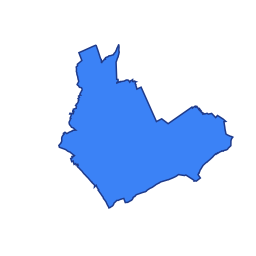 the district of Cañitas de Felipe Pescador, Zacatecas, Mexico, rotated 223°
{"feature_id": "50627088B55005263916135", "entity_name": "Cañitas de Felipe Pescador", "entity_type": "district", "adm_level": 2, "iso_a3": "MEX", "parent_name": "Mexico", "parent_adm1": "Zacatecas", "projection": "natural_earth1", "projection_center": [-102.728, 23.576], "detail": "fine", "context": "isolated", "style": "filled", "palette": "blue", "viewbox_px": 256, "rotation_deg": 223, "n_neighbors": 0, "source": "geoboundaries", "source_scale": "gbopen_adm2", "svg_char_len": 5620}
<svg xmlns="http://www.w3.org/2000/svg" viewBox="0 0 256 256"><g transform="rotate(223 128 128)"><path d="M136.1,65.3L134.6,65.1L132.5,65.1L129.6,64.6L128.6,64.5L127.1,64.5L125.2,64.3L123.5,64.3L117.5,63.6L117.5,63.8L116.7,63.6L115.9,63.5L115.2,63.6L113.3,63.4L112.3,62.0L112.2,64.4L109.9,63.4L107.3,62.8L107.4,62.2L105.9,61.9L104.2,61.5L103.0,61.3L101.9,61.0L100.6,60.7L98.9,60.4L98.3,59.9L97.1,59.6L96.0,59.5L94.3,59.1L93.4,58.9L92.8,58.6L90.6,57.7L89.8,57.5L89.3,57.3L88.2,57.0L87.6,56.5L87.0,57.2L86.7,58.6L86.6,59.1L86.4,59.5L86.2,60.6L86.2,61.1L86.3,61.4L86.4,62.2L86.9,63.3L87.0,64.1L86.9,64.4L86.8,66.7L86.9,67.2L86.6,67.6L85.8,68.4L85.1,70.2L83.9,72.3L83.0,73.6L81.3,72.7L80.9,72.6L79.8,71.9L79.1,71.6L78.9,71.8L78.5,72.4L78.1,72.8L78.0,73.0L77.5,73.4L77.3,74.1L77.2,74.4L76.5,76.6L76.5,76.8L76.2,77.3L76.2,78.1L76.1,78.3L76.2,79.0L76.5,80.2L76.9,80.7L76.9,80.9L76.8,81.2L76.7,81.5L76.6,81.9L76.3,82.4L76.3,82.6L76.5,82.6L76.4,83.2L76.3,83.5L76.4,83.9L76.4,84.2L76.4,84.7L76.4,84.9L73.4,90.7L72.5,92.2L72.2,92.7L72.0,92.9L71.9,93.1L71.5,94.4L71.6,94.9L71.5,96.0L71.1,97.5L70.8,98.8L70.0,100.7L69.7,101.7L69.4,103.2L69.1,104.5L69.0,105.4L68.8,106.2L68.4,107.2L68.2,108.0L67.8,108.7L67.8,109.3L67.6,109.5L67.4,110.7L64.0,116.5L63.8,117.0L63.6,117.2L63.4,117.3L63.2,117.7L61.2,122.1L60.2,124.6L59.7,126.1L59.6,127.2L59.1,128.7L58.5,128.9L54.2,131.8L54.1,132.0L53.8,132.8L53.5,133.1L45.7,134.5L45.4,134.6L43.6,134.7L43.4,134.3L42.7,135.2L41.8,135.8L41.0,140.8L44.4,141.5L44.5,141.5L45.0,141.7L45.2,142.6L45.5,143.1L45.2,143.3L45.6,144.2L45.7,144.5L46.6,146.6L46.7,147.4L46.7,147.6L46.8,148.0L46.9,148.4L46.9,148.7L47.2,149.5L47.2,150.0L47.4,151.1L47.6,151.4L47.6,151.8L47.4,154.8L47.2,156.4L46.9,157.0L47.0,157.2L46.6,160.6L46.3,164.8L46.3,165.2L46.4,165.3L46.4,166.7L46.3,168.0L46.2,168.1L46.2,168.9L45.7,168.9L45.7,169.0L45.6,170.7L45.1,170.6L44.9,171.6L44.4,173.3L43.7,174.8L43.8,175.1L42.6,176.0L42.8,176.4L42.0,177.7L41.8,178.3L41.5,178.4L41.2,178.9L41.0,179.5L40.7,180.2L40.7,180.5L40.9,181.3L40.9,182.5L40.8,183.0L40.8,183.8L40.7,185.2L43.3,188.1L44.1,189.0L44.2,189.3L44.9,190.8L45.1,192.8L46.4,192.4L47.5,191.8L48.1,191.6L48.4,191.4L48.7,191.4L50.7,190.7L52.4,190.5L54.8,192.3L55.5,192.7L56.4,193.5L57.1,193.9L57.4,194.3L62.1,198.0L61.0,199.5L64.6,199.4L71.1,198.2L71.0,195.4L76.8,195.7L78.7,192.9L80.2,192.7L81.4,190.6L82.6,190.3L82.1,190.1L82.6,189.2L83.1,189.6L83.3,189.9L84.7,189.5L84.8,189.9L86.1,189.8L86.2,190.4L86.9,190.3L86.9,190.2L87.5,190.1L87.4,189.8L88.1,189.8L88.3,190.6L88.2,190.7L89.2,190.9L89.4,190.0L90.4,190.4L91.4,190.6L91.5,190.3L92.5,190.7L92.7,189.5L93.8,189.8L94.5,186.5L95.5,186.9L101.6,158.5L109.6,157.7L111.6,152.1L146.3,166.8L148.0,162.5L148.6,162.9L149.4,163.4L149.5,163.6L149.9,163.7L151.3,164.5L151.5,164.8L151.7,165.1L151.8,165.1L152.2,165.0L153.4,165.8L153.7,166.3L153.7,166.5L154.0,166.8L153.7,167.3L155.5,166.6L155.6,165.6L155.9,165.4L156.4,165.5L156.5,165.3L156.9,165.7L156.9,165.8L157.6,166.5L157.8,165.5L158.3,164.2L158.3,163.6L158.1,163.5L158.0,163.3L158.2,163.1L158.1,162.7L159.0,162.9L159.8,163.2L160.6,163.1L161.2,162.6L161.5,162.5L161.8,162.1L162.1,161.7L162.4,160.9L162.5,160.5L162.8,159.7L164.7,157.3L165.2,156.7L165.2,156.4L165.5,156.5L165.7,155.8L166.8,153.3L167.2,153.7L166.9,154.8L167.1,155.4L167.4,155.8L167.9,156.1L168.4,156.7L169.5,155.9L170.5,156.9L181.6,168.0L183.5,172.3L183.6,172.9L184.0,173.7L184.4,174.3L184.6,174.5L184.8,175.2L186.2,177.5L186.8,177.9L187.0,178.1L187.6,178.5L187.9,178.8L189.5,180.8L190.1,181.4L190.4,181.6L190.8,182.0L191.2,182.4L191.6,182.6L191.8,183.0L191.3,181.5L191.0,180.8L190.7,179.6L190.4,178.6L190.0,177.8L189.6,176.8L189.3,175.7L189.0,174.9L189.0,172.9L188.7,172.1L188.7,171.5L189.0,171.0L189.2,170.7L189.9,169.3L190.7,168.3L191.2,167.7L191.2,167.1L191.2,166.6L191.5,166.0L191.8,165.5L192.4,164.2L192.3,163.9L192.2,163.4L191.4,163.0L191.5,162.7L192.2,162.3L192.0,161.0L192.0,160.3L192.2,159.7L192.0,158.9L192.0,158.4L191.7,157.4L192.8,158.5L193.5,159.1L194.3,159.9L195.2,159.9L203.1,164.3L207.5,166.6L208.1,166.4L209.5,163.3L213.3,154.2L215.3,149.6L214.9,149.4L207.8,145.9L208.5,140.1L207.3,139.1L207.5,137.3L206.1,136.2L205.2,135.2L204.3,134.1L203.8,133.8L203.2,133.6L202.4,132.8L202.2,132.6L201.5,132.1L201.0,131.9L199.6,131.1L199.3,130.8L198.6,130.3L198.1,129.9L197.7,129.6L197.0,129.3L195.7,128.3L194.9,125.1L194.6,125.0L192.8,125.1L192.2,124.9L191.6,124.7L191.3,124.7L190.5,125.0L190.3,125.3L190.1,125.4L189.6,125.6L189.3,125.7L188.0,125.0L187.6,124.6L187.3,123.9L187.4,123.6L186.9,122.2L186.7,121.2L186.3,120.0L186.0,119.7L185.1,119.7L185.5,119.2L185.7,118.7L185.9,117.6L184.4,117.2L184.7,115.5L183.1,115.0L183.2,114.4L182.4,113.4L182.2,112.9L181.9,111.8L181.9,111.2L182.0,110.2L181.6,110.1L181.7,108.7L180.4,108.6L179.7,107.5L179.7,107.4L179.3,107.1L179.5,106.8L180.1,105.7L180.8,104.4L179.7,103.4L180.1,102.9L179.5,102.2L178.8,103.0L177.8,101.1L180.5,99.2L180.2,98.5L178.7,99.8L177.1,95.8L176.3,96.0L176.1,95.0L175.5,93.6L175.2,92.4L174.9,91.9L173.7,90.9L172.9,90.6L172.3,90.5L170.8,90.3L169.9,90.0L167.9,90.8L166.2,90.7L164.8,90.8L166.6,88.8L166.8,87.6L167.0,87.6L167.2,86.8L168.0,85.2L168.9,82.2L171.2,81.9L171.6,80.1L170.7,80.0L170.8,79.4L170.7,78.9L170.3,76.8L170.1,76.3L169.7,75.6L169.0,74.7L168.1,73.9L167.3,72.8L167.0,71.5L166.8,71.5L166.7,68.1L166.4,67.9L165.5,67.5L165.3,67.2L165.1,67.2L164.8,67.2L160.4,69.1L158.8,69.7L156.2,70.0L154.9,70.4L153.9,70.9L152.6,70.9L148.3,71.3L148.5,70.0L148.8,70.2L149.6,68.9L148.4,68.2L149.1,66.6L146.2,65.0L145.7,66.4L142.6,64.6L142.0,66.3L140.6,65.5L140.0,67.2L138.9,66.6L138.9,65.4L137.7,65.2L136.1,65.3Z" fill="#3b82f6" stroke="#1e3a8a" stroke-width="1.5"/></g></svg>